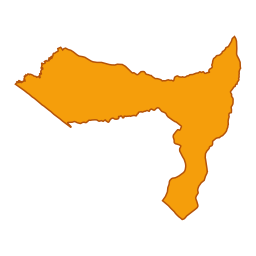 Retalhuleu, Retalhuleu, Guatemala
{"feature_id": "79465075B31149940203077", "entity_name": "Retalhuleu", "entity_type": "district", "adm_level": 2, "iso_a3": "GTM", "parent_name": "Guatemala", "parent_adm1": "Retalhuleu", "projection": "albers", "projection_center": [-91.907, 14.391], "detail": "fine", "context": "isolated", "style": "filled", "palette": "amber", "viewbox_px": 256, "rotation_deg": 0, "n_neighbors": 0, "source": "geoboundaries", "source_scale": "gbopen_adm2", "svg_char_len": 5667}
<svg xmlns="http://www.w3.org/2000/svg" viewBox="0 0 256 256"><path d="M162.5,200.7L168.5,205.7L170.9,208.4L174.3,211.7L175.5,213.4L177.0,215.0L178.9,216.8L180.3,217.8L182.2,219.5L184.0,218.9L185.3,217.7L186.6,216.0L195.5,209.1L197.1,207.7L197.7,206.7L197.9,206.0L197.8,204.9L196.7,201.1L195.9,199.1L195.7,197.7L196.3,196.0L198.1,193.1L198.1,192.2L197.7,190.7L197.8,188.9L198.8,186.2L200.9,183.2L201.3,182.7L204.2,180.3L205.4,176.4L207.0,173.0L207.1,172.1L207.4,171.5L207.1,170.4L207.0,168.9L205.5,159.0L205.2,157.7L205.5,153.6L206.8,151.1L209.0,148.6L209.6,146.8L210.1,146.4L211.7,145.7L212.1,145.3L212.6,144.1L212.6,141.5L213.0,140.9L216.1,138.3L218.1,137.7L219.3,137.7L221.0,136.3L222.6,135.6L225.3,132.7L226.5,130.9L227.0,129.0L227.7,127.4L228.0,125.2L228.3,124.5L228.1,121.5L228.4,119.3L229.1,116.8L229.0,115.8L228.8,115.5L229.0,113.9L229.7,113.0L230.4,112.8L231.0,112.8L231.4,112.4L231.5,109.7L231.2,107.9L231.2,107.0L232.7,104.4L233.0,103.1L233.1,99.1L232.7,97.9L231.6,96.4L231.6,94.2L230.6,92.6L230.5,91.6L232.8,88.6L233.7,87.2L234.0,86.9L235.1,86.4L235.5,84.9L235.8,84.4L236.0,84.2L237.0,84.1L237.2,82.7L237.5,81.8L238.6,80.5L238.9,79.6L238.6,78.2L239.1,77.1L239.0,75.0L239.2,73.7L239.1,71.6L239.9,69.2L240.6,68.3L240.3,66.8L240.1,62.2L238.9,59.2L237.1,55.7L236.7,54.6L236.6,53.5L236.8,48.5L236.5,41.2L235.7,38.5L234.5,36.5L232.3,38.5L231.4,41.4L228.6,46.2L228.2,46.7L226.0,47.6L225.6,48.2L225.5,48.9L225.3,49.3L223.5,51.1L222.5,51.5L221.8,53.2L219.7,55.0L219.2,55.2L216.9,55.6L216.3,56.0L215.5,57.1L213.6,58.6L212.7,61.2L212.5,63.2L211.8,64.9L211.8,65.2L212.2,66.2L212.2,67.1L211.7,67.9L210.0,68.9L209.1,69.9L208.8,71.2L209.4,71.8L209.4,72.2L208.6,72.5L207.1,72.7L206.2,73.2L205.1,73.4L204.7,73.3L203.4,71.8L203.0,71.8L201.3,72.5L200.1,71.8L199.8,71.8L198.2,72.9L196.1,73.2L192.8,74.5L189.9,74.7L188.4,75.8L187.1,75.9L185.7,76.9L184.7,77.2L183.9,77.2L182.5,76.8L181.7,77.1L179.9,77.0L178.8,76.7L178.1,76.2L177.2,75.9L175.4,76.7L174.6,77.4L173.8,80.4L173.2,80.9L171.4,80.2L170.0,80.4L168.4,79.8L167.0,80.1L166.3,80.5L165.1,80.8L163.7,80.7L162.2,80.9L161.2,79.9L159.8,79.3L157.2,78.6L155.4,78.6L155.0,78.5L152.3,76.6L151.2,75.5L150.0,75.4L148.5,74.7L146.4,74.3L145.7,73.7L145.2,72.8L144.2,71.7L143.1,71.5L141.0,71.7L138.6,74.0L137.8,74.6L137.3,74.7L136.8,74.6L134.2,72.9L133.7,72.7L132.8,73.0L131.9,72.6L125.5,66.4L122.3,64.5L117.3,64.2L114.9,65.0L111.6,64.9L109.2,64.5L101.5,62.4L96.9,62.4L93.0,61.8L91.4,61.2L89.6,60.2L84.9,57.3L82.7,56.7L79.2,56.1L77.5,55.2L73.2,51.8L70.8,50.3L68.1,49.5L65.6,48.1L64.0,48.6L63.2,49.2L63.3,49.3L62.7,50.0L60.7,47.3L57.8,48.6L58.2,50.1L57.9,51.3L56.2,52.1L54.5,53.4L53.7,53.3L53.0,54.2L53.1,55.0L52.7,56.0L52.5,56.6L51.6,56.4L50.6,57.3L52.0,57.6L51.7,58.4L50.3,58.0L50.3,58.8L50.1,59.2L49.9,59.1L49.4,58.1L49.1,58.0L48.9,58.9L48.6,59.4L49.1,59.9L49.1,60.6L48.0,60.8L47.1,61.2L46.7,61.1L46.2,60.6L44.8,61.3L44.5,61.5L45.1,62.1L45.2,62.9L43.6,63.8L42.9,63.7L42.1,63.2L41.7,63.3L41.7,64.1L42.1,65.3L41.7,65.8L41.6,66.9L41.1,67.8L41.1,68.1L41.4,68.2L42.0,67.8L42.5,67.8L42.7,68.0L42.8,69.0L42.7,69.1L42.0,69.3L41.6,69.6L40.9,71.0L40.7,72.2L41.3,73.2L41.3,73.8L40.7,73.6L39.7,73.8L39.7,74.0L40.1,74.1L40.3,74.5L39.8,75.4L39.3,75.6L39.3,76.2L40.2,77.1L39.8,77.7L38.7,76.7L38.1,76.7L36.7,77.3L36.0,76.5L34.1,76.1L32.6,75.1L30.9,74.4L29.8,74.2L29.5,74.4L29.4,74.6L28.0,73.9L27.0,75.1L26.5,75.1L25.9,74.8L25.7,76.2L25.2,76.3L24.6,76.0L24.3,76.3L24.6,77.5L24.6,77.9L24.2,78.4L24.0,79.1L24.3,79.7L24.9,79.9L25.0,80.9L24.4,80.8L23.9,80.5L23.7,81.2L23.2,81.5L22.7,81.4L22.1,81.6L22.1,82.2L21.3,82.6L21.1,82.5L20.9,81.9L20.8,81.7L20.1,82.3L19.9,82.3L20.0,81.1L19.1,80.6L18.8,80.6L18.6,81.1L19.0,82.3L18.8,82.6L18.4,82.5L17.3,81.7L16.8,81.9L17.0,82.7L16.9,83.0L16.3,83.2L15.4,84.2L24.0,90.3L27.0,92.7L29.0,94.1L32.3,97.0L34.3,98.3L38.5,101.8L42.1,104.9L43.8,106.0L49.2,110.3L50.6,111.3L54.0,114.4L59.9,118.8L62.7,121.2L69.8,126.5L70.5,127.2L70.9,127.1L71.0,126.7L70.5,126.1L67.8,123.4L67.7,122.7L68.0,122.4L72.3,122.2L74.3,121.5L75.7,121.9L77.2,122.7L80.2,123.5L80.8,123.4L82.4,122.5L83.3,122.3L84.2,122.2L85.2,122.6L86.1,122.6L87.4,121.7L88.8,120.3L89.2,120.2L90.4,120.3L91.9,120.0L95.0,119.8L96.7,119.9L98.7,121.1L99.4,121.2L101.3,120.6L103.1,121.3L103.4,121.2L104.8,120.1L105.5,120.0L105.9,120.8L106.9,121.4L107.7,122.0L108.3,122.2L108.7,122.0L109.0,121.7L110.1,119.8L111.1,118.8L112.1,118.2L113.3,118.2L114.4,118.9L115.0,119.1L116.3,119.2L117.5,119.0L118.4,118.6L118.8,117.9L118.9,117.6L118.5,117.1L118.7,116.5L118.9,116.4L120.0,116.5L120.8,115.9L121.3,116.0L122.2,116.9L122.5,117.7L123.0,117.8L123.5,117.8L123.9,117.5L124.0,116.5L124.2,116.2L126.7,116.4L127.6,116.2L128.4,116.2L129.5,116.0L130.4,116.3L133.1,115.5L134.9,115.5L135.6,115.8L136.3,115.8L136.5,115.6L136.9,114.5L138.2,113.4L138.4,112.5L139.1,112.1L141.2,111.7L142.0,112.1L142.8,112.0L144.3,111.3L145.1,111.3L146.9,110.5L147.5,110.6L148.8,111.2L149.3,111.2L150.0,109.8L151.1,109.1L151.6,109.1L153.5,110.1L154.6,110.1L156.3,108.4L157.7,107.7L158.6,107.9L159.2,108.3L161.5,111.1L162.0,111.5L164.1,112.3L165.5,113.1L165.9,113.5L166.9,115.4L168.0,116.8L172.7,120.2L175.1,121.7L176.3,122.1L181.3,126.1L181.4,126.6L181.3,127.2L180.8,128.1L180.5,129.2L179.9,130.0L179.6,130.2L178.2,129.7L177.6,129.8L176.0,131.6L173.5,134.9L173.2,136.1L173.2,137.1L174.1,139.9L174.2,142.3L174.4,142.8L175.4,143.7L178.9,144.7L179.8,145.1L180.8,145.9L180.7,146.7L179.7,148.7L179.6,149.9L179.8,151.2L182.6,156.7L184.2,159.4L185.4,163.1L185.7,165.1L185.7,166.7L185.3,169.4L184.8,170.9L183.6,172.5L179.2,175.8L177.0,177.0L175.2,177.8L172.5,178.2L171.5,178.7L169.9,180.4L169.4,181.6L169.1,184.2L167.9,187.5L167.4,191.9L165.5,196.4L162.5,200.7Z" fill="#f59e0b" stroke="#b45309" stroke-width="1.5"/></svg>